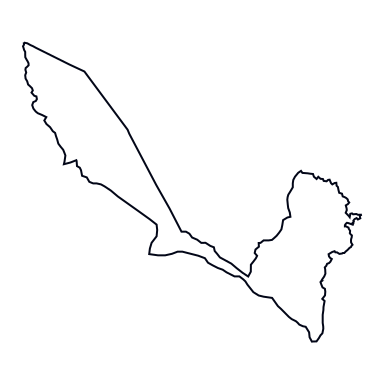 Drouseia, Paphos, Cyprus
{"feature_id": "46923920B78950527939892", "entity_name": "Drouseia", "entity_type": "district", "adm_level": 2, "iso_a3": "CYP", "parent_name": "Cyprus", "parent_adm1": "Paphos", "projection": "natural_earth1", "projection_center": [32.368, 35.007], "detail": "fine", "context": "isolated", "style": "outline", "palette": "ink", "viewbox_px": 384, "rotation_deg": 0, "n_neighbors": 0, "source": "geoboundaries", "source_scale": "gbopen_adm2", "svg_char_len": 3552}
<svg xmlns="http://www.w3.org/2000/svg" viewBox="0 0 384 384"><path d="M301.0,170.9L298.2,172.8L296.4,175.0L295.0,176.7L293.3,179.9L292.8,183.2L292.8,187.3L290.2,191.7L288.3,194.7L287.6,197.2L287.3,199.7L287.8,204.8L288.2,208.1L289.8,212.5L290.4,216.8L287.4,217.5L283.1,220.1L282.3,225.1L281.4,229.4L279.1,232.7L276.6,235.8L274.2,238.0L272.0,239.9L268.7,240.4L263.6,240.4L260.5,242.9L258.7,243.0L258.9,246.7L255.5,249.5L254.7,253.0L257.1,255.8L255.8,258.4L253.3,261.7L250.9,264.7L250.8,271.7L248.2,276.5L242.6,272.8L236.6,268.1L231.3,263.6L219.9,257.4L217.1,253.8L214.7,251.0L213.9,247.3L210.3,245.9L207.4,244.0L205.5,242.8L201.3,242.9L197.2,239.7L192.1,237.5L189.4,233.7L186.0,231.7L181.5,231.7L169.6,208.6L156.3,185.1L129.3,133.8L127.6,129.7L84.4,71.5L69.4,64.5L35.9,47.8L33.0,46.2L30.5,45.1L27.3,43.3L23.8,42.6L23.8,42.4L24.0,44.6L23.0,46.3L23.3,47.1L24.1,49.9L25.2,51.9L25.2,54.7L25.3,57.3L26.5,59.5L27.7,61.5L28.5,63.2L28.6,65.3L27.1,66.8L25.7,68.0L25.4,69.8L26.2,72.5L25.2,75.2L25.6,78.6L27.2,81.3L28.1,84.5L30.0,86.2L32.0,88.2L32.8,90.5L31.5,92.6L34.3,95.8L36.4,96.4L36.9,99.1L35.8,101.0L33.3,102.1L32.2,105.1L33.4,108.6L35.7,111.5L37.8,113.2L42.1,115.0L46.3,117.1L44.3,120.5L46.5,124.1L50.1,127.2L52.8,131.2L55.1,132.9L56.0,136.1L57.2,139.5L58.3,143.6L60.6,146.7L63.2,149.8L64.4,152.8L65.4,155.5L64.5,161.6L63.9,164.2L70.1,162.6L71.5,162.1L76.3,160.2L76.6,160.9L77.0,166.1L79.8,167.7L81.0,170.2L82.1,175.8L86.8,177.4L89.3,181.8L91.9,182.9L93.2,183.4L96.6,183.4L101.0,184.4L104.6,186.4L110.9,190.6L117.9,196.5L138.0,210.8L149.7,219.2L156.6,224.6L157.2,230.0L156.6,236.3L151.6,242.8L149.9,248.5L149.2,254.1L157.8,255.3L165.3,255.3L172.0,253.8L177.5,251.7L182.5,251.7L198.2,255.7L204.9,258.2L208.0,262.7L212.6,265.3L217.9,268.0L222.7,269.7L226.5,272.3L234.5,276.4L239.4,276.4L243.3,279.4L245.4,281.4L247.4,284.6L253.4,292.2L258.7,295.5L263.7,296.7L272.1,297.9L277.9,306.1L281.0,308.9L288.9,316.9L291.7,319.1L295.9,321.2L297.6,322.7L299.3,324.6L302.8,326.2L305.7,326.8L309.1,332.3L309.6,337.3L311.9,341.6L313.0,341.5L316.5,341.4L318.9,338.1L320.5,335.3L321.3,334.5L322.4,333.3L323.3,328.8L323.2,326.3L322.7,322.9L322.7,318.8L322.7,314.8L323.4,310.0L323.5,307.0L324.6,301.0L322.3,298.9L325.0,295.4L325.3,291.7L324.9,288.8L322.5,287.4L321.3,284.4L320.5,282.1L321.5,281.3L321.1,281.3L322.4,279.1L324.2,276.5L325.4,273.7L325.3,271.7L325.2,269.4L324.8,267.4L326.3,265.8L327.1,263.8L329.0,263.1L330.4,261.7L331.8,259.0L330.2,258.0L329.0,256.4L328.6,254.2L332.2,252.0L334.6,251.2L335.3,252.3L337.1,252.4L339.4,253.9L342.1,253.5L342.8,253.0L344.3,253.0L345.8,251.4L347.3,250.2L348.5,249.0L349.5,247.9L351.0,247.0L351.6,245.7L352.5,244.8L351.1,242.5L351.0,240.8L351.1,239.2L351.7,237.3L351.9,235.4L350.6,234.3L349.8,233.1L350.0,232.2L350.1,230.8L348.8,228.8L348.5,227.6L346.8,226.8L345.9,226.3L344.9,226.4L344.9,225.2L345.8,223.8L346.9,222.8L348.4,223.1L352.8,224.7L353.4,223.2L352.7,222.8L353.8,221.5L353.4,220.6L354.6,219.1L356.6,218.1L357.9,219.5L360.3,218.3L360.0,217.3L359.8,215.7L361.0,215.1L360.9,214.7L358.0,214.8L356.3,214.0L353.1,214.3L352.0,213.4L350.3,213.8L349.7,217.2L348.8,216.0L345.7,212.8L346.8,210.1L346.6,208.4L345.8,205.4L347.9,204.1L349.2,202.5L348.1,201.2L347.7,199.4L346.2,198.0L344.6,197.1L342.7,196.4L342.0,193.7L339.2,192.8L338.5,190.1L337.9,187.0L336.6,185.7L336.3,182.8L334.7,183.0L332.3,184.4L331.0,183.1L329.6,179.7L328.1,179.9L326.6,181.3L323.7,180.9L322.9,179.0L320.5,178.8L318.3,176.8L316.6,179.0L313.9,176.7L313.0,174.0L310.2,173.7L307.6,173.3L302.4,172.9L301.0,170.9Z" fill="none" stroke="#020617" stroke-width="2"/></svg>